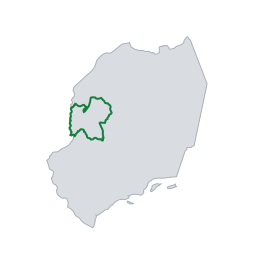 where Mbeya sits in United Republic of Tanzania, rotated 69°
{"feature_id": "TZA-3335", "entity_name": "Mbeya", "entity_type": "Region", "adm_level": 1, "iso_a3": "TZA", "parent_name": "United Republic of Tanzania", "parent_adm1": "", "projection": "natural_earth1", "projection_center": [33.421, -8.292], "detail": "fine", "context": "in_parent", "style": "outline", "palette": "green", "viewbox_px": 256, "rotation_deg": 69, "n_neighbors": 0, "source": "natural_earth", "source_scale": "10m", "svg_char_len": 6392}
<svg xmlns="http://www.w3.org/2000/svg" viewBox="0 0 256 256"><g transform="rotate(69 128 128)"><path d="M99.7,179.1L97.3,177.7L95.2,176.8L93.4,175.8L92.7,174.9L91.0,174.5L89.6,174.4L88.3,173.5L85.6,173.2L85.3,172.6L85.2,171.3L84.8,171.0L83.8,170.6L82.7,170.6L82.1,170.8L81.7,170.7L80.8,170.0L80.0,169.0L79.7,167.5L78.5,166.5L77.0,165.7L73.1,165.8L72.5,165.5L71.5,164.7L70.4,163.5L69.5,162.0L68.8,160.0L67.9,157.3L63.4,146.5L62.9,144.4L62.0,142.2L60.6,139.4L59.0,137.3L57.0,135.5L54.6,133.6L53.3,132.3L50.9,127.3L50.3,124.9L50.0,122.4L50.1,121.4L51.6,118.2L51.8,117.4L51.6,116.2L50.9,113.6L49.9,110.6L48.0,105.0L47.7,103.6L47.7,102.5L48.8,96.8L48.8,96.0L53.4,96.1L56.7,93.6L59.6,89.9L60.1,88.4L61.3,86.0L62.5,84.8L62.9,84.0L63.6,81.6L65.1,80.0L66.6,78.8L66.3,77.9L66.5,77.6L67.3,76.9L68.9,76.4L69.2,75.1L69.2,73.7L68.9,72.9L68.9,72.0L68.7,71.5L67.7,71.4L66.2,70.7L64.9,70.4L64.0,70.0L63.7,69.7L63.5,68.8L64.3,66.6L63.6,65.8L65.1,62.1L65.4,61.7L66.0,61.7L66.9,61.3L67.8,61.1L68.4,61.2L69.0,61.1L69.4,60.7L69.8,59.5L70.1,57.4L69.9,55.7L69.3,54.5L69.1,52.5L69.4,49.9L69.2,47.7L68.4,45.9L67.7,44.9L66.5,44.4L64.8,41.8L64.2,40.5L64.3,39.7L64.9,39.3L66.1,39.4L67.1,39.1L68.1,38.4L69.1,38.2L69.6,38.3L115.0,38.3L168.0,72.5L168.2,72.9L168.6,75.9L168.6,76.9L167.7,78.6L167.5,79.5L167.5,80.1L167.7,80.3L168.4,80.4L169.0,80.8L169.2,81.1L169.6,82.4L170.2,83.1L190.3,99.8L190.8,100.1L190.5,101.5L189.4,104.9L189.3,106.3L188.8,108.0L188.4,109.1L187.2,113.9L186.3,115.7L184.9,120.0L184.7,123.2L185.4,125.4L185.7,127.6L187.2,129.6L188.5,130.4L189.3,131.3L190.8,133.5L191.6,135.7L194.3,136.7L195.4,139.2L195.0,140.8L193.7,142.2L192.6,144.5L191.6,147.4L191.6,152.0L192.2,151.3L193.6,152.4L193.8,155.7L192.3,159.6L191.9,161.4L191.8,163.0L192.8,167.6L194.4,170.0L194.3,170.7L193.9,171.3L196.6,175.5L196.3,179.1L197.4,182.0L197.8,184.4L198.5,186.3L198.6,187.6L197.7,189.0L199.7,189.4L200.9,190.6L201.4,191.7L202.9,191.7L203.7,192.4L204.8,193.1L207.3,195.0L207.9,195.9L208.3,196.8L201.5,202.8L199.0,204.3L197.2,205.0L195.3,205.4L193.5,206.4L191.8,207.9L189.7,208.6L187.0,208.6L184.2,209.6L179.9,212.7L177.3,211.0L175.3,210.5L173.0,210.5L171.6,210.7L171.1,211.1L170.7,212.2L170.3,213.9L168.8,215.5L166.2,217.1L163.7,217.7L161.5,217.3L160.0,216.7L159.2,215.7L158.1,215.3L156.6,215.4L155.1,216.0L153.7,217.3L151.5,217.8L148.4,217.7L146.8,217.1L146.5,216.0L145.2,214.8L142.7,213.4L140.9,213.4L139.8,214.7L138.7,215.6L137.7,215.9L136.9,215.9L135.6,215.6L132.3,215.4L129.0,215.5L128.7,213.6L128.1,212.4L127.5,211.7L126.4,211.5L126.1,211.0L125.7,209.8L125.2,208.8L124.4,207.9L124.0,207.2L123.8,206.4L124.0,205.6L124.6,203.7L124.9,202.3L124.8,200.9L124.4,199.5L123.7,197.8L123.7,197.4L123.5,196.2L123.5,195.4L123.6,194.4L123.5,193.1L122.8,190.3L122.8,189.5L122.1,188.2L120.0,185.0L119.9,184.5L116.5,181.3L115.2,180.6L114.7,181.2L114.5,181.7L114.7,182.8L114.6,183.3L114.4,183.5L113.7,183.5L113.2,183.4L111.9,182.5L110.9,182.3L108.4,182.5L107.6,182.7L106.9,182.5L105.6,181.0L104.1,180.7L102.7,180.6L100.5,178.9L99.7,179.1ZM194.7,124.9L195.8,128.5L195.6,129.2L194.9,129.6L194.5,129.6L194.0,129.0L193.6,127.8L193.0,128.1L192.0,126.7L191.0,126.6L190.2,124.9L190.5,123.4L190.3,120.8L191.4,119.5L192.0,117.3L192.7,118.8L192.9,121.2L193.8,123.9L194.7,124.9ZM200.1,103.7L200.2,104.5L199.9,105.3L200.0,107.9L199.9,109.5L199.1,111.9L198.4,112.7L197.8,112.4L197.3,112.1L196.9,111.4L197.7,107.2L197.3,104.0L198.9,104.3L200.1,103.7ZM197.7,155.1L196.9,155.4L196.6,155.1L196.1,154.4L197.0,153.8L197.8,152.7L199.7,151.0L200.5,149.6L200.4,151.0L199.3,153.8L198.4,154.0L197.7,155.1Z" fill="#d9dde1" stroke="#a8b0b8" stroke-width="1"/><path d="M116.4,180.8L115.9,180.5L115.4,180.3L115.2,180.5L114.7,181.1L114.5,181.5L114.7,182.2L114.7,182.5L114.6,183.0L114.6,183.3L114.6,183.6L114.4,183.7L114.2,183.9L114.2,184.0L114.0,184.3L113.8,184.2L113.7,183.8L113.3,183.5L112.9,183.2L112.6,183.1L112.2,182.8L111.8,182.3L111.4,182.1L111.0,182.2L110.6,182.5L110.2,182.5L109.8,182.4L109.4,182.3L108.9,182.2L108.6,182.4L108.2,182.6L107.8,182.7L107.2,182.7L106.9,182.6L106.7,182.4L106.5,182.1L106.2,181.5L106.0,181.2L105.2,180.5L104.9,180.4L104.6,180.6L104.4,180.7L104.0,180.5L103.8,180.5L103.7,180.6L103.5,180.8L103.3,180.8L102.9,180.6L102.5,180.5L102.3,180.5L101.5,179.7L100.7,178.8L100.5,178.7L100.2,178.7L99.9,178.8L99.7,179.1L99.5,178.9L98.4,178.5L97.7,178.0L97.6,177.9L97.4,178.0L97.3,177.9L97.2,177.8L97.1,177.6L97.1,177.4L96.9,177.2L96.7,177.1L95.7,177.0L94.4,176.7L93.9,176.6L93.7,176.5L93.5,176.1L93.2,175.3L93.1,175.1L92.5,174.7L91.9,174.5L90.1,174.6L89.8,174.5L89.5,174.4L89.2,174.2L88.7,173.5L88.5,173.4L88.4,172.3L88.5,172.1L88.8,172.1L88.6,171.4L88.0,170.8L87.7,170.6L87.4,170.2L87.7,169.8L87.2,169.1L86.5,168.6L86.9,168.0L88.6,167.2L89.5,166.6L90.6,165.0L90.6,163.2L90.4,162.3L90.4,161.3L91.0,160.6L91.8,160.5L93.6,159.1L94.0,159.3L94.1,159.6L94.0,160.1L94.2,160.6L94.3,161.1L94.3,161.5L95.5,163.3L96.1,163.4L96.7,163.3L97.2,163.4L97.1,162.3L93.8,157.2L93.1,156.4L90.4,154.3L86.5,152.0L86.3,151.4L86.7,150.0L87.3,148.6L87.8,147.7L89.2,147.1L89.8,145.9L90.3,144.0L90.3,142.3L93.6,141.0L94.4,140.5L95.4,140.5L96.4,140.3L96.7,140.0L97.7,138.3L97.8,137.9L98.2,137.7L98.8,137.8L99.3,137.4L99.7,137.0L100.1,136.9L101.4,136.5L102.5,136.9L103.5,137.7L104.7,138.0L107.8,137.8L108.3,138.2L108.6,138.8L108.8,139.6L108.9,140.6L109.3,141.2L109.9,141.5L110.4,142.1L110.7,142.8L111.0,143.2L111.2,143.5L112.1,143.8L112.2,144.2L112.3,144.7L112.6,145.4L112.6,146.0L112.8,146.2L113.1,146.3L113.7,146.8L114.4,147.1L114.8,147.4L115.0,147.7L114.8,148.2L114.5,148.6L114.1,149.7L113.8,150.3L113.4,150.9L113.1,151.5L113.0,152.2L113.2,152.7L113.7,152.8L120.5,152.4L121.2,152.5L123.3,153.0L123.9,153.5L124.5,153.7L128.4,154.4L128.5,154.9L128.5,155.4L128.9,155.4L129.6,155.4L130.2,155.6L130.6,156.1L130.3,156.7L129.6,157.2L128.8,157.5L128.5,158.0L128.0,159.4L127.6,160.1L127.1,160.6L126.5,160.8L125.9,161.4L125.5,162.1L125.2,162.8L125.5,163.5L125.8,164.0L126.0,164.6L125.8,165.7L125.5,166.7L125.1,167.0L124.7,166.9L124.1,167.2L123.7,167.5L123.3,168.4L122.8,169.0L122.1,169.3L121.4,169.4L120.0,169.1L118.5,169.5L117.7,169.6L116.9,169.5L116.1,169.8L116.0,170.3L115.6,170.5L114.5,170.0L113.7,170.2L113.1,170.8L112.3,172.4L112.4,173.2L112.9,173.8L113.2,174.5L113.5,175.3L113.2,175.5L113.1,175.8L113.6,175.9L113.7,176.2L113.8,176.7L114.1,177.2L114.9,178.7L115.3,179.4L115.6,179.6L115.9,179.6L116.4,180.3L116.4,180.8Z" fill="none" stroke="#15803d" stroke-width="2"/></g></svg>